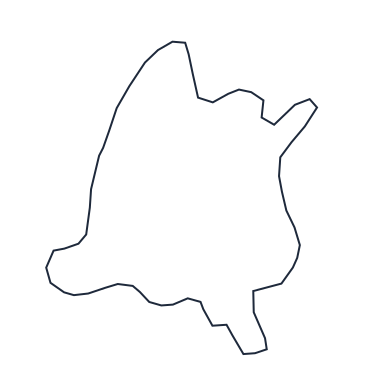 the district of Minsk City, City of Minsk, Belarus, rotated 106°
{"feature_id": "67162791B57724394311820", "entity_name": "Minsk City", "entity_type": "district", "adm_level": 2, "iso_a3": "BLR", "parent_name": "Belarus", "parent_adm1": "City of Minsk", "projection": "orthographic", "projection_center": [27.611, 53.884], "detail": "fine", "context": "isolated", "style": "outline", "palette": "slate", "viewbox_px": 384, "rotation_deg": 106, "n_neighbors": 0, "source": "geoboundaries", "source_scale": "gbopen_adm2", "svg_char_len": 918}
<svg xmlns="http://www.w3.org/2000/svg" viewBox="0 0 384 384"><g transform="rotate(106 192 192)"><path d="M322.6,76.8L312.4,81.5L290.6,99.5L270.3,105.8L255.4,80.8L236.8,74.2L226.3,72.7L213.3,73.7L197.8,83.7L183.8,96.2L166.8,105.7L152.8,112.7L134.3,116.7L116.8,110.1L97.8,101.6L76.3,95.1L70.3,104.5L79.8,117.1L104.7,131.6L101.2,145.6L84.2,148.6L79.7,162.6L80.6,175.1L87.6,184.2L100.1,196.7L99.6,212.2L78.5,223.7L60.5,233.2L50.4,239.7L52.9,252.2L64.9,263.8L80.5,272.9L107.5,281.4L132.1,287.5L155.7,288.5L174.1,289.6L175.6,289.9L182.7,291.3L217.1,289.8L235.2,285.9L262.0,282.0L273.0,286.9L281.6,299.1L286.5,308.9L304.9,311.3L318.3,303.0L323.7,287.3L323.7,277.1L318.2,263.8L308.0,249.0L300.9,238.0L298.6,223.1L302.5,214.5L309.5,202.8L309.5,190.2L305.5,179.3L295.4,166.8L295.3,153.5L301.6,148.8L314.9,135.5L310.1,122.2L318.7,113.6L333.6,97.9L329.6,87.0L322.6,76.8Z" fill="none" stroke="#1e293b" stroke-width="2"/></g></svg>